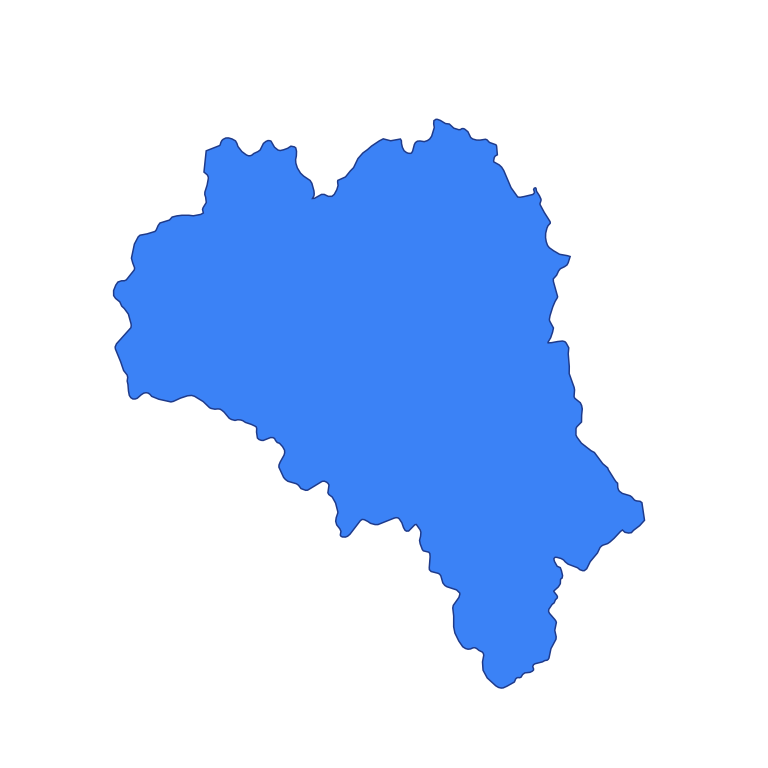 Ha Lang, Cao Bằng, Vietnam (Mercator projection), rotated 103°
{"feature_id": "81297802B75623207701482", "entity_name": "Ha Lang", "entity_type": "district", "adm_level": 2, "iso_a3": "VNM", "parent_name": "Vietnam", "parent_adm1": "Cao Bằng", "projection": "mercator", "projection_center": [106.692, 22.709], "detail": "fine", "context": "isolated", "style": "filled", "palette": "blue", "viewbox_px": 768, "rotation_deg": 103, "n_neighbors": 0, "source": "geoboundaries", "source_scale": "gbopen_adm2", "svg_char_len": 6158}
<svg xmlns="http://www.w3.org/2000/svg" viewBox="0 0 768 768"><g transform="rotate(103 384 384)"><path d="M218.0,607.1L220.0,603.2L221.8,601.8L223.3,601.4L230.0,601.1L237.3,601.7L239.8,601.2L242.1,599.8L247.1,598.0L252.8,599.9L254.7,600.1L258.0,598.5L260.0,600.7L263.0,607.6L263.5,612.1L265.0,618.7L266.8,623.7L269.0,628.0L272.5,629.9L277.5,638.5L280.3,639.7L285.2,640.6L286.9,641.5L291.0,648.6L293.9,655.2L295.9,656.6L303.8,658.7L318.2,658.4L322.5,656.1L327.0,653.1L329.0,653.0L340.5,658.5L341.8,660.2L342.5,663.0L344.5,666.2L348.0,667.6L353.8,668.5L358.7,667.3L361.0,664.8L363.4,659.9L367.1,657.1L368.9,654.0L373.4,648.8L382.3,644.0L384.1,643.4L386.1,643.3L405.0,653.7L408.4,654.3L410.3,653.6L421.6,645.6L429.5,640.7L433.0,636.3L435.2,635.2L438.9,634.9L442.0,633.4L448.3,631.4L452.4,629.6L454.3,627.6L455.1,625.3L454.6,623.1L453.4,621.2L449.2,618.2L447.0,616.1L446.0,613.9L445.9,611.8L446.7,609.7L448.3,607.6L449.5,600.0L449.4,587.6L448.3,585.3L443.5,579.1L439.7,572.8L438.4,568.9L438.6,565.8L441.8,556.2L446.3,548.7L446.7,547.0L446.6,543.1L445.6,540.2L445.4,538.0L446.0,536.2L447.3,533.6L452.2,527.1L452.9,524.7L453.0,521.0L451.7,518.4L451.3,515.6L451.5,513.3L452.6,510.4L453.2,504.2L454.0,500.4L454.6,498.8L456.1,498.0L459.5,497.4L465.1,495.2L466.2,493.3L466.5,491.0L466.2,489.0L461.7,482.5L461.2,479.9L461.8,478.3L463.5,476.9L465.0,474.9L465.3,472.4L467.9,468.7L470.9,466.0L473.4,465.3L475.8,465.4L483.4,467.6L486.5,468.1L488.7,467.7L497.6,460.8L499.2,458.6L500.4,455.8L500.9,446.9L501.9,444.5L504.6,441.3L505.2,436.4L504.6,434.5L492.8,422.4L492.1,420.3L492.6,417.7L493.5,416.1L494.8,414.9L502.6,414.2L504.1,412.9L505.8,409.0L510.9,404.4L519.0,400.2L520.1,400.0L525.0,400.5L528.6,400.2L531.9,398.4L535.1,394.4L537.3,392.8L541.0,392.6L542.0,391.7L542.4,390.2L541.8,387.1L540.5,385.2L538.1,383.4L522.5,376.3L520.9,374.9L520.6,372.8L521.6,368.8L522.8,365.8L523.0,361.0L522.3,358.2L512.5,344.1L511.5,342.2L511.3,340.3L511.9,338.9L515.2,335.4L519.5,332.7L521.8,330.6L522.3,329.1L521.7,326.9L514.2,322.3L513.6,320.9L518.1,315.9L520.2,314.7L524.1,314.1L528.3,314.2L531.6,312.8L536.7,309.4L537.7,308.1L537.8,302.5L538.9,301.2L542.0,300.2L552.7,298.6L554.7,298.0L556.1,295.9L556.3,288.6L556.8,287.0L558.1,285.5L564.6,281.9L566.6,279.4L567.4,277.1L568.3,267.0L570.6,263.2L571.7,262.8L575.1,263.0L584.1,266.7L586.8,266.6L594.4,263.9L604.9,261.5L610.7,258.9L617.6,253.3L622.3,248.2L623.4,245.1L623.5,242.5L622.7,240.1L621.0,237.9L620.5,236.1L620.9,234.2L622.2,231.6L623.1,227.9L624.2,226.6L625.8,225.8L632.7,225.5L640.6,223.1L647.2,217.3L652.9,207.3L653.9,204.2L653.9,201.4L653.3,199.5L650.8,196.2L645.0,189.9L641.9,189.4L640.7,188.7L639.9,187.5L639.7,185.8L638.8,184.5L635.9,183.6L633.8,181.8L632.1,176.9L630.5,174.9L629.1,174.0L627.9,174.2L626.0,175.5L623.9,175.2L622.6,173.9L619.1,167.1L617.3,165.1L616.4,162.9L615.3,162.0L613.9,161.6L604.3,161.8L594.0,159.0L591.5,159.4L585.6,162.2L577.6,162.4L576.3,163.2L575.2,164.4L570.3,171.1L568.7,172.4L567.7,172.6L566.4,172.7L560.9,170.6L559.0,169.0L555.7,168.4L553.6,167.1L552.4,167.1L551.2,167.9L547.9,171.9L547.4,171.9L542.5,168.5L539.7,167.5L538.7,167.3L535.0,168.0L533.9,167.7L533.0,166.8L530.5,166.9L526.0,169.1L523.3,170.9L522.6,174.3L518.5,178.0L516.1,179.2L515.1,178.8L514.3,178.2L514.0,176.5L514.2,172.3L515.0,169.5L516.6,167.3L518.1,164.2L519.5,154.1L520.9,151.3L521.2,148.3L520.8,146.8L518.4,144.9L510.7,143.1L500.6,138.0L494.7,136.7L492.8,135.5L491.7,134.3L489.2,130.2L487.0,128.2L482.6,125.1L474.5,120.4L472.6,118.8L474.3,115.9L474.2,112.2L473.2,109.5L470.4,107.9L464.5,103.0L458.2,99.5L441.6,106.0L440.7,108.0L441.1,111.8L440.8,113.8L438.3,117.2L437.5,119.2L437.0,127.2L435.6,130.4L434.5,131.6L432.6,132.8L428.1,134.1L427.1,135.9L425.2,138.0L417.2,146.0L415.4,147.2L412.4,153.0L403.4,163.6L402.4,167.3L397.2,178.4L392.4,184.0L390.5,185.5L384.2,186.9L382.3,186.5L376.6,183.0L370.0,184.4L363.7,185.2L360.5,186.6L358.1,188.5L355.0,194.9L353.5,196.0L346.9,197.0L344.5,198.0L332.2,205.9L325.3,207.4L313.1,211.3L307.2,212.1L303.1,215.7L302.1,217.2L302.0,218.3L302.0,219.8L303.5,224.2L306.1,230.2L307.0,233.3L306.4,233.6L301.4,232.0L295.4,231.4L291.3,231.5L285.3,236.8L283.9,237.4L280.0,237.6L270.9,236.9L265.2,235.9L260.9,234.5L259.8,234.5L246.0,242.0L243.5,242.7L239.2,240.3L234.5,239.3L232.0,238.1L229.1,234.5L226.9,232.5L224.4,231.8L217.9,231.3L217.7,234.2L218.1,242.1L216.0,248.8L214.0,253.6L212.2,255.8L208.9,257.9L205.1,259.5L200.7,260.4L195.5,260.3L192.9,259.8L190.0,258.2L189.3,258.3L188.3,258.8L180.8,266.4L174.2,272.2L173.3,272.6L169.9,272.3L168.6,272.6L165.6,274.9L161.8,278.8L159.1,279.9L158.8,280.7L159.1,281.2L159.4,281.6L160.7,282.0L163.4,280.5L164.5,280.7L165.9,281.7L170.0,290.0L171.5,293.5L171.7,295.8L164.1,304.4L149.1,315.3L146.3,318.1L144.6,321.0L142.9,326.9L141.9,327.4L138.4,327.5L136.7,326.8L135.2,325.1L127.2,327.7L126.2,328.2L125.7,328.9L124.9,335.6L122.9,338.6L122.7,340.2L124.8,345.4L125.5,348.8L125.3,352.7L124.3,355.0L119.3,359.0L117.4,362.9L117.3,364.4L117.7,365.6L119.0,366.9L119.4,368.5L119.0,373.6L116.0,378.8L116.4,382.7L114.5,388.4L114.1,391.5L114.4,392.9L116.2,394.6L119.4,394.1L122.8,392.7L131.8,393.3L135.0,394.6L137.1,396.5L138.8,399.3L139.1,403.6L139.9,406.1L141.7,407.7L143.9,408.3L150.7,408.5L152.8,409.2L153.4,410.3L153.7,412.4L153.4,414.2L152.2,416.9L149.3,419.3L145.8,421.0L143.0,421.8L141.6,423.1L145.5,432.2L145.3,439.9L148.2,443.3L155.0,449.7L159.2,452.7L163.7,456.6L170.2,460.1L180.0,462.3L184.1,464.8L190.9,468.1L196.0,474.8L197.4,474.7L201.0,473.4L205.3,473.7L210.4,475.1L212.8,476.9L213.7,480.5L212.7,484.9L213.3,487.5L218.7,493.5L219.3,495.4L216.3,494.6L214.4,494.8L211.6,495.7L204.7,499.4L202.3,501.8L199.5,509.1L197.3,512.8L193.0,517.0L188.6,519.6L185.3,520.6L181.5,520.7L176.9,521.6L173.8,523.1L173.1,524.7L173.2,528.2L176.0,530.9L178.4,534.6L179.9,537.7L179.9,539.9L177.9,544.0L172.8,548.7L172.6,549.9L172.9,551.8L174.2,553.6L176.7,555.6L183.8,557.3L185.9,559.1L188.6,562.6L191.0,564.5L191.8,566.0L192.1,567.4L191.8,569.5L189.5,574.8L185.4,579.8L182.7,581.4L180.5,583.4L179.4,587.2L179.2,590.8L179.9,593.5L181.7,595.7L183.1,596.7L185.3,597.3L187.8,597.4L188.7,597.9L196.8,609.7L218.0,607.1Z" fill="#3b82f6" stroke="#1e3a8a" stroke-width="1.5"/></g></svg>